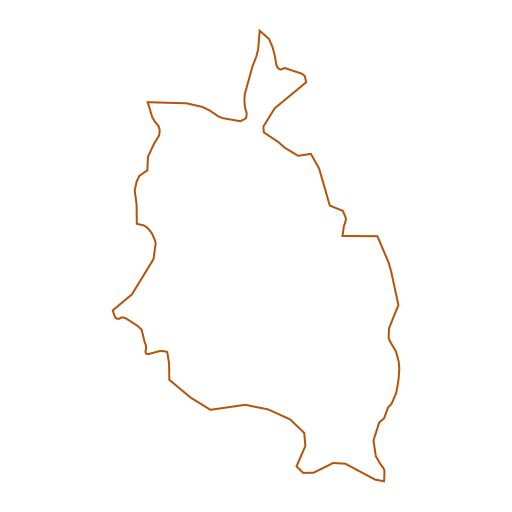 map outline of Chhukha (Equal Earth projection)
{"feature_id": "BTN-2433", "entity_name": "Chhukha", "entity_type": "District", "adm_level": 1, "iso_a3": "BTN", "parent_name": "Bhutan", "parent_adm1": "", "projection": "equal_earth", "projection_center": [89.524, 27.004], "detail": "fine", "context": "isolated", "style": "outline", "palette": "amber", "viewbox_px": 512, "rotation_deg": 0, "n_neighbors": 0, "source": "natural_earth", "source_scale": "10m", "svg_char_len": 1612}
<svg xmlns="http://www.w3.org/2000/svg" viewBox="0 0 512 512"><path d="M384.0,481.3L375.1,479.6L345.3,463.7L333.1,463.0L313.6,472.7L303.3,472.9L296.5,466.4L305.4,445.9L304.2,432.9L290.1,419.4L268.1,409.4L245.2,404.8L210.4,409.8L190.6,397.6L169.3,379.8L169.3,379.6L169.1,363.6L167.2,352.0L164.3,351.2L159.9,351.0L148.1,354.2L145.9,353.5L145.4,351.7L146.0,349.0L146.0,345.7L144.4,341.3L141.7,329.8L137.6,325.9L126.1,318.5L122.9,317.4L120.8,317.7L119.2,318.8L116.4,318.6L115.0,317.1L112.7,310.4L131.9,294.4L153.5,259.1L155.7,243.0L154.5,239.2L152.1,233.7L149.4,230.0L146.5,227.0L143.4,225.3L136.8,223.8L136.6,204.8L134.7,190.3L136.6,181.6L139.3,175.9L147.3,170.3L148.0,156.7L154.2,143.4L159.2,135.3L159.7,130.0L158.6,126.2L154.7,121.4L152.3,117.4L147.7,102.2L186.6,103.3L202.2,106.9L209.5,110.4L218.8,116.7L223.5,118.3L240.5,121.2L245.8,118.4L246.4,116.3L246.7,113.7L246.3,111.6L245.4,109.0L244.9,106.2L244.4,100.9L244.7,94.4L252.6,66.0L256.4,56.4L258.2,49.0L259.7,30.7L269.0,39.0L272.6,47.3L274.7,55.3L276.5,65.6L278.5,68.6L280.8,69.6L284.7,68.0L302.1,73.8L304.9,76.2L306.1,82.3L274.7,108.3L263.4,126.5L263.8,132.4L278.3,142.0L284.4,147.5L298.1,155.8L310.9,153.9L319.1,168.5L329.8,205.6L342.9,210.9L346.0,218.5L345.2,222.7L343.9,226.0L342.5,236.0L377.4,236.2L388.6,262.6L391.3,272.1L398.4,305.1L389.0,328.3L388.6,337.8L389.7,340.8L396.0,351.6L398.7,361.6L399.3,368.9L398.6,378.7L397.2,387.8L396.1,393.1L392.4,402.0L391.2,404.2L388.0,407.5L384.1,418.3L379.2,422.4L373.5,440.5L375.8,456.1L380.1,463.6L383.3,467.9L384.4,470.5L384.3,478.3L384.0,481.1L384.0,481.3Z" fill="none" stroke="#b45309" stroke-width="2"/></svg>